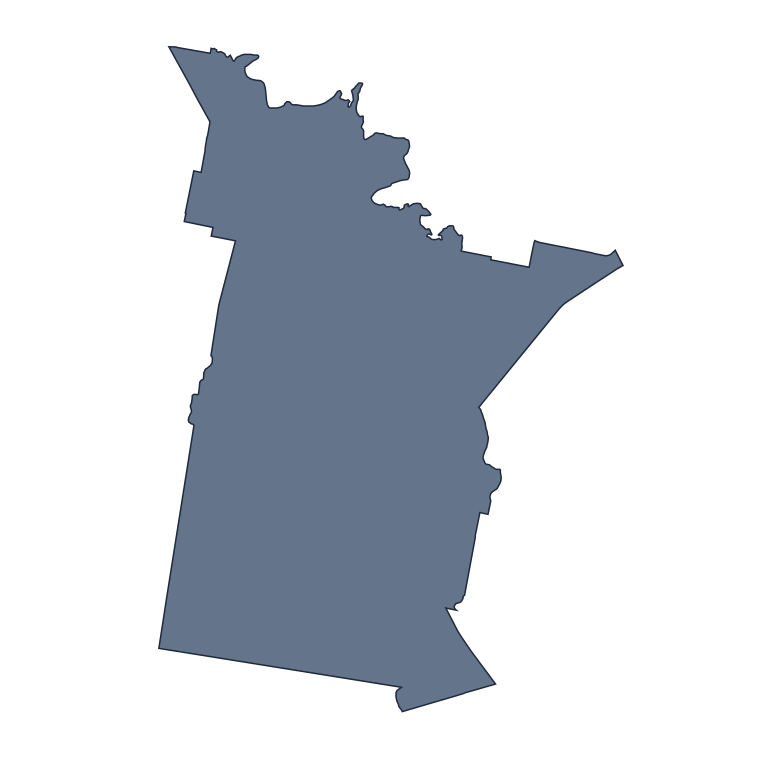 outline of Brimbank, Victoria, Australia, rotated 3°
{"feature_id": "25037944B23246777843178", "entity_name": "Brimbank", "entity_type": "district", "adm_level": 2, "iso_a3": "AUS", "parent_name": "Australia", "parent_adm1": "Victoria", "projection": "albers", "projection_center": [144.807, -37.743], "detail": "fine", "context": "isolated", "style": "filled", "palette": "slate", "viewbox_px": 768, "rotation_deg": 3, "n_neighbors": 0, "source": "geoboundaries", "source_scale": "gbopen_adm2", "svg_char_len": 6084}
<svg xmlns="http://www.w3.org/2000/svg" viewBox="0 0 768 768"><g transform="rotate(3 384 384)"><path d="M616.5,253.2L607.9,238.3L604.3,242.1L602.7,243.3L600.9,244.0L598.6,244.4L586.9,242.7L584.9,242.1L532.6,234.6L529.1,233.7L527.1,232.9L526.7,233.8L525.5,240.9L522.8,259.8L484.1,254.4L484.4,251.5L454.0,247.2L454.2,245.9L454.7,244.9L454.7,243.8L454.8,243.6L454.7,241.9L454.3,240.3L454.8,233.9L454.7,233.0L454.2,231.8L454.0,231.4L453.1,231.2L451.6,231.8L450.6,231.6L446.0,226.0L445.5,225.1L445.5,224.1L445.1,223.1L444.7,222.6L444.1,222.4L441.1,222.6L439.3,223.6L438.8,224.5L438.3,225.0L435.2,226.1L434.9,226.7L434.9,227.5L434.4,228.1L430.6,231.9L430.5,232.4L430.7,232.7L433.1,232.6L433.7,233.1L434.3,235.5L434.4,236.6L433.9,237.1L433.0,237.0L431.8,235.8L431.2,235.8L429.9,236.5L427.8,237.1L426.0,237.2L424.0,237.1L421.3,234.9L419.2,234.7L419.1,234.1L419.6,232.8L420.0,232.2L420.5,231.8L421.7,231.9L423.2,232.7L423.9,232.3L423.9,231.8L422.5,229.5L421.9,227.8L420.7,226.7L419.9,226.7L419.2,227.5L418.6,227.5L416.6,226.6L415.5,225.3L412.5,223.2L412.0,222.4L411.5,220.1L411.3,219.6L411.2,217.9L411.5,215.7L411.6,214.4L412.0,213.9L412.9,213.6L416.2,213.8L419.8,213.3L421.1,213.0L421.9,212.4L421.9,212.2L420.3,210.0L417.1,207.1L415.9,206.5L414.8,206.9L413.4,206.0L412.1,204.1L411.3,202.5L410.6,202.0L407.7,201.8L404.3,202.4L402.9,203.1L399.8,205.5L399.1,205.5L398.7,205.2L398.7,204.4L399.1,203.9L399.1,203.4L398.4,202.9L397.5,202.9L395.7,203.9L394.9,204.5L394.8,206.7L393.7,208.0L392.2,208.6L390.8,209.4L390.1,209.2L389.8,208.4L389.8,207.2L389.6,207.1L388.6,206.9L384.0,207.2L383.3,206.5L381.8,206.2L380.9,206.3L379.8,206.8L377.0,206.8L376.3,206.4L375.7,205.4L375.2,205.0L373.6,204.5L371.2,205.6L369.3,205.4L365.2,204.0L363.9,203.0L362.4,201.3L361.6,199.2L361.6,198.1L362.9,195.9L363.2,195.8L364.3,193.9L367.3,191.1L370.7,189.3L376.1,187.4L380.1,185.7L380.4,185.3L380.8,184.1L381.3,183.4L382.1,183.0L389.6,180.1L392.5,179.3L396.3,178.7L397.5,177.9L397.9,177.2L398.2,176.0L398.3,174.3L398.6,173.2L398.6,172.0L398.4,171.0L397.6,168.8L394.0,162.7L392.2,158.7L391.9,158.3L391.7,156.7L392.3,155.2L392.8,154.5L394.2,153.3L395.3,151.9L395.9,150.3L396.1,148.9L397.0,146.1L397.1,145.2L396.2,140.8L395.6,139.5L395.0,139.0L392.4,138.4L392.0,137.8L391.3,137.3L384.9,137.7L380.2,137.3L377.7,136.1L373.0,135.5L370.0,134.1L366.8,134.2L363.3,133.6L362.1,133.9L361.7,134.0L360.8,135.4L359.8,136.3L353.6,140.5L352.8,140.9L351.9,140.7L351.4,140.2L351.1,139.8L350.7,138.0L350.4,132.3L349.7,130.8L348.8,130.0L347.9,128.6L348.0,127.8L348.6,126.7L349.7,123.6L349.3,121.0L349.2,117.8L348.9,117.6L347.5,117.8L346.9,118.3L346.3,118.3L344.8,117.4L342.7,114.3L341.8,110.7L341.8,108.2L342.6,103.0L343.1,102.2L343.3,100.8L343.3,99.2L342.8,95.6L343.7,94.5L344.0,93.5L344.5,92.8L345.1,89.4L346.5,87.0L346.9,85.5L346.3,84.7L343.6,84.6L342.7,85.1L341.8,86.5L340.3,88.1L338.6,90.6L337.7,91.1L336.5,92.3L336.3,92.9L337.8,97.4L338.5,101.7L338.4,102.5L338.2,103.3L336.7,105.2L336.0,108.0L335.5,108.7L334.7,109.3L334.4,109.4L333.7,108.9L333.7,105.4L335.0,103.7L333.7,102.2L333.3,102.1L331.2,102.9L330.2,102.8L327.2,101.8L325.9,101.6L325.4,101.2L325.1,100.6L325.2,99.5L326.3,97.4L326.4,96.1L325.0,93.6L323.9,93.5L322.8,94.0L322.1,94.7L319.0,99.5L317.2,101.2L311.0,106.0L307.1,107.9L305.0,108.6L301.4,109.6L298.7,110.1L289.0,110.6L282.6,109.8L280.3,109.8L279.3,110.1L277.3,109.6L276.3,108.9L275.7,107.9L274.8,107.3L272.5,107.1L272.0,107.3L270.4,109.0L269.8,110.7L269.2,111.3L266.7,112.7L264.8,113.4L262.0,114.1L259.4,114.1L256.7,114.4L254.8,114.1L253.0,111.4L252.0,107.7L250.1,95.4L248.9,91.4L247.9,89.6L245.8,88.0L245.1,87.7L243.7,87.4L241.0,87.4L235.7,86.6L234.1,85.9L232.1,84.7L230.7,83.5L229.1,80.1L228.6,78.5L228.5,76.4L228.7,74.7L229.0,74.2L230.3,73.7L235.9,68.6L240.7,65.7L241.3,64.9L241.7,64.0L241.7,63.4L241.3,62.7L240.7,62.2L236.8,62.3L233.8,61.8L226.9,62.2L224.1,63.2L222.5,64.3L221.6,64.5L219.8,65.6L219.0,66.5L217.9,69.0L217.1,69.4L216.4,69.1L213.3,63.7L212.6,64.2L211.2,65.7L210.0,65.7L209.4,65.3L208.3,64.0L207.7,62.6L206.9,62.1L203.8,60.7L202.3,60.9L201.3,61.3L200.3,61.2L199.5,60.5L199.3,59.1L197.9,58.5L197.1,57.8L196.3,58.1L194.9,58.2L193.8,57.8L193.2,62.8L160.9,58.9L158.1,58.3L151.5,58.5L173.7,94.2L182.9,109.5L196.5,131.3L195.3,141.5L194.7,145.7L194.2,147.2L193.1,157.4L193.0,161.1L190.3,182.3L182.9,181.1L176.6,223.7L177.3,223.8L176.0,232.2L205.0,236.6L203.7,245.3L228.2,248.8L214.9,313.8L209.7,364.6L209.8,364.9L210.8,365.9L211.1,366.4L211.3,368.3L211.3,371.6L210.6,373.1L209.6,374.7L206.3,377.7L205.4,378.1L204.6,379.0L204.5,380.0L203.7,381.4L203.5,382.3L203.4,388.2L202.9,389.0L201.3,389.8L200.5,390.8L199.9,392.1L199.7,398.5L199.2,403.7L198.7,404.3L198.1,404.5L196.2,404.2L194.6,404.4L193.5,405.2L193.1,405.8L193.2,407.9L193.0,410.8L192.6,413.8L191.8,415.9L191.9,417.1L192.8,419.4L193.0,420.9L193.3,421.5L193.0,422.7L192.2,424.0L190.9,427.5L190.5,429.6L190.5,430.6L191.2,432.3L194.0,434.0L195.2,434.1L196.4,435.2L178.2,608.3L173.0,659.8L416.7,685.9L417.3,686.0L413.6,688.9L412.8,689.9L412.1,691.7L412.3,693.3L412.2,694.7L412.8,697.7L413.9,700.8L415.0,702.9L415.5,704.7L416.4,706.2L418.2,708.2L419.4,710.2L479.3,689.1L481.2,688.1L511.1,677.8L484.6,645.8L474.8,632.9L470.5,626.8L457.5,604.5L468.1,606.1L467.0,605.2L466.0,603.8L465.8,603.1L465.8,602.2L467.1,599.7L470.3,598.4L471.0,598.3L472.6,597.1L474.1,594.0L474.2,593.1L474.0,592.4L474.1,591.9L475.5,590.8L483.2,532.4L483.0,531.0L486.5,507.4L494.7,508.7L496.7,495.6L496.5,494.2L495.7,491.9L495.8,489.9L496.2,488.4L497.0,487.0L498.3,485.7L502.1,482.8L502.5,482.3L504.4,478.4L505.5,475.8L505.8,474.2L506.0,471.5L504.8,466.1L504.8,464.4L504.5,463.5L503.9,463.1L501.4,463.4L499.6,463.0L495.2,460.5L493.6,459.2L490.1,458.7L489.1,457.8L488.7,457.1L487.0,453.5L486.7,452.3L487.0,450.1L488.4,445.3L489.9,441.8L490.0,440.9L490.1,439.3L490.5,438.2L490.9,434.7L491.0,431.9L490.1,429.5L489.3,425.7L488.4,423.6L487.4,419.6L487.1,417.7L486.2,415.4L484.8,412.1L484.1,409.7L482.4,406.3L482.2,405.2L481.9,404.6L479.9,402.3L554.5,300.4L558.1,296.1L561.0,293.5L563.4,291.6L589.7,272.2L610.8,256.8L616.5,253.2Z" fill="#64748b" stroke="#1e293b" stroke-width="1.5"/></g></svg>